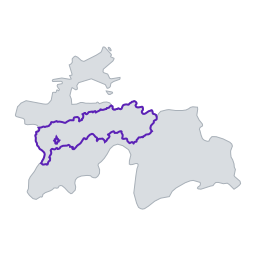 where Tadzhikistan Territories sits in Tajikistan
{"feature_id": "TJK-368", "entity_name": "Tadzhikistan Territories", "entity_type": "Region", "adm_level": 1, "iso_a3": "TJK", "parent_name": "Tajikistan", "parent_adm1": "", "projection": "mercator", "projection_center": [69.993, 38.757], "detail": "fine", "context": "in_parent", "style": "outline", "palette": "violet", "viewbox_px": 256, "rotation_deg": 0, "n_neighbors": 0, "source": "natural_earth", "source_scale": "10m", "svg_char_len": 9178}
<svg xmlns="http://www.w3.org/2000/svg" viewBox="0 0 256 256"><path d="M27.2,191.3L28.4,188.7L28.8,179.9L30.3,176.8L34.5,171.3L36.8,167.1L39.3,163.7L41.1,162.5L42.7,159.8L44.1,156.8L44.5,154.8L44.4,153.3L43.9,152.3L38.4,146.9L36.7,143.6L35.8,139.3L35.6,136.3L38.5,128.1L38.1,126.7L37.2,125.4L35.5,124.6L33.0,124.3L27.5,124.7L25.4,124.2L24.8,123.7L24.6,119.9L24.0,119.1L23.1,118.4L16.8,116.7L15.6,115.9L15.4,115.0L17.6,106.6L18.5,105.9L21.0,103.1L26.1,100.7L43.0,103.9L45.8,104.2L47.7,103.9L48.9,102.9L51.2,100.2L52.7,92.5L54.1,92.2L55.5,92.6L56.2,91.9L56.8,90.0L57.3,89.9L58.4,90.8L59.4,89.9L59.3,89.2L58.1,87.9L57.1,85.9L57.6,84.5L61.9,83.7L62.4,83.0L62.2,81.9L61.1,81.3L52.8,81.5L52.3,80.8L52.5,80.1L53.1,79.5L61.8,78.0L69.8,79.3L71.2,78.9L69.6,75.5L71.8,75.2L72.0,74.0L69.2,64.9L70.8,64.1L72.3,62.3L72.2,58.9L73.6,57.2L75.2,56.1L77.7,57.2L81.4,60.6L83.9,61.4L96.2,55.2L100.7,52.4L101.5,51.4L103.0,47.2L103.9,46.9L105.0,47.4L111.3,54.4L111.3,55.4L110.6,56.1L110.7,56.8L114.0,58.3L114.0,59.0L112.9,61.0L103.3,69.2L103.0,71.8L103.8,72.7L107.7,74.1L109.7,78.3L111.2,78.8L120.0,77.4L120.1,78.1L119.7,79.3L113.6,81.5L110.9,83.3L110.3,86.5L109.6,87.4L108.4,88.1L107.2,88.3L105.3,84.6L91.3,78.8L78.6,82.7L76.8,85.6L77.4,88.3L77.0,89.5L75.7,89.8L72.1,87.6L71.3,89.5L69.9,95.5L71.3,99.0L71.8,104.4L76.6,104.1L80.6,102.5L82.6,102.5L85.6,103.2L90.9,103.3L96.2,103.1L97.2,102.1L98.3,102.5L99.3,103.7L103.6,102.2L106.7,102.0L109.8,102.9L113.5,108.5L115.4,109.2L121.4,108.6L123.1,105.5L124.6,104.8L129.1,104.0L132.9,101.6L134.8,101.4L135.8,102.2L136.2,103.3L135.8,106.1L137.1,107.0L140.7,107.3L142.4,108.2L142.3,112.5L143.8,113.6L144.6,113.7L149.9,110.9L151.4,110.8L154.5,114.3L156.9,116.3L157.4,115.9L158.5,113.8L160.6,111.4L166.5,109.9L168.8,109.6L175.5,110.5L182.4,110.5L186.0,110.0L188.9,108.6L190.4,107.4L192.8,106.8L197.5,107.2L197.7,109.2L196.8,115.4L199.2,120.1L202.3,123.9L202.6,125.2L202.2,126.2L200.4,127.2L199.7,128.2L199.4,129.4L200.0,130.8L201.1,135.2L202.4,138.6L204.4,140.3L207.3,141.3L208.9,141.1L210.1,138.6L212.0,136.6L216.2,136.7L223.1,138.9L229.8,142.2L231.8,144.1L232.4,146.1L230.6,150.9L230.7,154.0L231.1,157.2L232.6,159.7L234.0,163.8L234.3,167.2L235.4,169.4L234.1,175.7L234.8,176.7L240.0,181.2L240.6,183.6L239.5,185.1L237.4,186.9L234.0,189.2L229.4,184.6L227.3,183.2L223.4,183.7L218.3,182.4L215.7,182.5L214.1,184.1L213.0,185.6L210.5,186.1L200.9,189.2L198.2,188.9L197.4,188.1L198.0,187.0L200.0,185.6L200.5,183.9L200.1,182.4L193.2,180.4L190.3,180.8L185.3,182.7L176.2,187.9L172.2,191.3L169.3,196.6L160.6,198.2L154.7,201.2L148.5,206.1L144.5,208.7L142.5,209.1L140.5,208.6L138.5,207.3L136.6,203.2L133.8,193.0L135.9,175.6L137.0,168.6L138.0,166.0L138.1,164.4L137.2,163.5L135.4,163.6L132.5,164.5L130.5,164.7L129.3,164.1L129.4,160.8L130.9,154.8L128.6,149.7L122.7,145.6L117.7,144.2L113.6,145.5L110.1,148.7L107.2,154.0L104.3,158.3L101.3,161.6L98.4,163.8L98.0,165.2L99.6,169.7L99.5,173.4L97.7,176.4L95.7,177.8L93.5,177.7L91.8,177.0L90.5,175.7L87.0,175.4L81.4,176.0L77.5,177.5L75.4,179.9L74.8,183.1L75.7,187.0L75.2,190.1L72.0,193.4L70.9,193.7L68.4,191.9L64.7,187.9L62.1,185.8L60.7,185.5L59.0,186.1L58.1,187.8L56.9,188.2L55.2,187.9L53.6,188.2L52.7,189.4L50.1,190.9L45.4,192.6L42.9,194.4L42.5,196.3L41.8,197.1L40.4,196.8L36.2,199.4L33.0,198.6L29.4,195.3L27.4,192.5L27.2,191.3ZM112.6,93.0L110.0,94.5L108.4,94.3L106.4,91.6L106.2,90.9L111.5,91.9L112.5,92.3L112.6,93.0ZM111.1,50.7L110.3,50.8L108.7,49.0L108.2,47.7L108.8,47.3L110.1,48.2L111.0,49.8L111.1,50.7Z" fill="#d9dde1" stroke="#a8b0b8" stroke-width="1"/><path d="M134.5,101.1L135.5,101.7L136.0,102.1L136.4,102.7L136.6,103.3L136.5,103.8L135.7,104.9L135.5,105.5L136.1,106.8L137.3,107.4L138.7,107.4L141.6,106.8L142.2,106.8L142.7,107.2L142.9,108.1L143.0,109.1L142.9,109.8L142.6,110.4L142.2,110.8L141.9,111.2L141.8,112.0L142.0,112.7L142.5,113.3L143.0,113.8L143.5,113.9L144.6,113.8L145.7,113.3L148.5,111.3L149.0,111.1L150.1,110.8L151.1,110.3L151.7,110.2L152.1,110.6L152.5,111.4L152.6,112.4L152.7,113.2L153.0,113.7L153.6,114.0L154.8,114.2L155.5,114.7L156.1,115.0L156.3,115.9L156.5,116.5L156.8,116.9L156.7,117.8L156.7,118.9L156.6,119.2L156.4,119.5L156.0,119.8L155.0,120.2L154.0,120.8L153.8,121.1L153.8,121.5L153.8,122.2L153.8,122.6L153.5,123.0L151.9,124.6L151.0,125.6L150.7,126.6L150.6,127.4L150.4,127.8L150.4,128.3L150.5,128.8L150.9,129.7L151.2,130.2L152.0,131.2L151.2,131.8L150.7,132.7L150.3,133.1L149.5,133.8L148.5,134.3L147.0,134.4L145.8,134.7L145.4,135.0L144.7,135.8L143.8,136.1L143.5,136.3L143.2,137.0L142.8,137.2L142.5,136.9L142.1,136.9L140.4,137.4L139.5,137.4L139.0,137.4L138.7,137.5L137.9,138.6L137.5,139.3L136.8,139.7L136.7,139.9L136.6,140.2L136.6,141.2L136.5,141.5L136.2,141.7L136.0,141.8L135.1,141.8L134.7,141.9L134.5,142.0L134.0,142.6L133.7,143.4L133.6,143.5L133.4,143.4L133.1,142.8L132.8,142.5L132.4,142.2L132.0,142.1L131.5,142.2L130.2,142.9L129.8,143.1L129.5,143.1L129.3,143.0L128.5,142.0L127.7,141.5L127.5,141.1L127.3,140.5L127.2,139.8L127.1,139.3L126.8,138.8L126.4,138.6L126.0,138.5L124.5,138.8L123.3,138.9L122.4,138.6L122.2,138.3L122.2,137.8L122.6,136.8L122.6,136.0L122.7,135.2L122.6,134.7L121.6,133.0L121.5,132.7L121.5,132.3L121.6,131.6L121.4,131.4L121.0,131.2L119.8,131.4L118.4,132.0L117.4,132.8L117.1,132.9L116.7,132.9L115.8,132.8L114.9,133.0L114.6,132.9L114.2,131.9L113.8,131.4L113.5,131.3L111.4,132.1L111.0,132.4L109.4,133.8L108.9,134.1L108.1,134.4L108.0,134.5L108.1,134.8L109.0,135.4L109.3,135.8L109.5,136.2L109.4,136.7L108.9,137.6L108.6,138.0L107.2,139.2L106.7,140.4L106.4,140.8L104.9,142.0L104.6,140.8L104.3,140.2L103.0,139.1L102.8,138.8L102.5,138.6L100.7,138.8L99.4,138.8L98.9,138.9L97.9,139.8L97.0,140.9L96.9,140.8L96.8,140.5L97.0,138.8L97.1,138.3L96.9,137.7L95.7,137.0L95.0,136.4L94.7,135.8L93.2,134.3L92.8,134.0L92.2,133.9L91.8,133.9L90.0,134.7L89.6,135.0L87.8,136.8L86.8,138.8L86.3,139.1L85.8,139.2L85.6,139.2L85.4,139.1L84.9,138.4L84.5,138.3L84.1,138.2L83.9,138.3L83.7,138.4L80.8,142.9L79.5,144.1L78.0,145.0L77.6,145.5L77.0,145.8L76.9,146.0L76.6,146.4L76.4,146.7L76.0,147.2L75.5,147.7L74.6,148.7L74.1,149.1L73.8,149.1L72.9,149.1L72.7,149.0L72.5,148.8L72.3,148.4L72.4,148.2L72.9,147.6L72.9,147.2L72.4,146.9L70.0,146.8L69.9,146.0L69.5,145.4L69.1,145.1L68.5,144.9L67.0,145.6L63.0,145.8L61.1,146.6L60.4,147.0L59.9,148.0L59.5,148.5L59.1,148.7L58.1,149.0L57.7,149.0L57.3,148.2L56.8,148.0L56.2,148.2L55.5,149.0L54.9,149.3L54.4,149.4L53.4,149.2L52.4,148.9L51.9,149.0L51.4,149.4L50.9,150.0L50.7,150.4L51.2,152.2L51.2,153.2L51.1,153.9L51.0,154.1L49.8,156.1L49.3,157.3L49.3,157.5L50.1,158.0L50.1,158.8L50.0,160.3L49.9,160.6L48.9,161.2L48.5,161.7L48.2,162.4L47.7,164.1L47.6,164.4L47.4,164.5L46.7,164.6L46.3,164.3L46.1,164.1L43.3,164.6L42.6,164.5L41.9,163.8L41.1,163.2L41.4,162.9L41.6,162.5L42.0,161.3L42.4,160.6L43.5,158.8L44.2,156.8L44.7,154.6L44.5,153.2L43.8,152.1L41.5,150.0L40.0,149.2L39.5,148.7L38.5,146.7L37.3,145.6L37.1,145.1L37.0,144.6L36.9,143.4L36.7,142.8L36.0,141.7L35.8,141.3L35.7,140.4L35.8,138.3L35.8,137.6L35.4,136.2L35.3,135.5L35.5,134.9L36.3,134.4L36.4,134.2L36.4,133.8L36.1,133.1L36.1,132.7L36.2,131.9L36.5,131.7L37.0,131.7L37.7,131.6L38.2,131.3L38.6,130.9L39.0,130.4L39.2,129.8L39.3,129.0L39.0,128.2L38.7,127.8L39.5,127.6L40.9,127.5L41.4,127.4L43.0,126.7L43.5,126.6L43.9,126.6L44.9,127.0L46.6,126.4L47.4,126.4L48.0,126.2L49.0,125.8L49.3,125.5L49.7,124.7L50.7,124.0L51.1,122.4L51.3,122.2L51.5,122.1L53.5,122.3L56.3,121.2L56.7,121.1L56.8,121.2L57.0,121.5L57.5,121.8L59.3,121.6L60.9,121.8L62.8,122.2L63.5,122.5L65.1,122.9L66.0,122.5L66.7,121.9L68.8,120.7L69.5,120.4L70.0,120.2L73.3,120.3L73.5,120.2L73.7,118.6L73.8,118.1L74.0,117.8L74.4,117.4L74.9,117.3L77.3,117.0L77.7,117.1L78.8,118.0L79.0,118.3L79.2,119.0L79.2,119.5L79.0,120.8L79.1,121.2L79.3,121.3L80.2,120.6L80.6,120.4L81.6,120.1L82.0,119.9L82.1,119.7L82.0,119.3L82.0,118.9L82.7,118.3L83.0,117.9L83.2,117.2L83.3,115.7L83.2,115.2L82.7,114.6L82.5,114.2L84.6,113.0L85.2,113.0L85.6,113.8L85.8,113.9L86.4,114.2L86.7,114.2L87.2,113.9L87.7,113.5L88.4,112.5L88.8,112.1L91.9,111.6L92.2,111.6L92.4,112.1L92.7,112.3L92.9,112.3L93.7,111.6L94.5,111.3L95.0,111.2L95.3,111.2L95.4,111.4L95.6,111.7L95.6,112.4L95.7,112.5L95.8,112.5L96.5,112.0L99.6,110.5L99.9,110.3L100.1,109.8L100.3,109.5L100.5,109.4L100.9,109.4L101.4,109.9L101.7,109.9L102.9,109.9L105.9,109.0L106.3,109.0L106.6,108.7L106.8,108.1L108.6,107.8L109.2,107.5L109.5,106.9L109.7,106.6L110.2,106.3L111.2,105.5L111.5,105.8L112.2,106.1L112.5,106.3L112.7,106.8L112.5,107.9L112.5,108.3L112.9,109.1L113.7,109.6L114.5,109.7L115.3,109.6L116.2,109.1L116.6,109.0L117.3,109.0L117.5,108.9L117.9,108.5L118.4,108.3L119.0,108.6L119.8,109.0L120.5,109.2L121.5,108.8L122.0,107.7L122.4,106.5L123.0,105.4L124.0,104.8L125.2,104.5L126.4,104.4L128.1,104.7L128.4,104.7L128.8,104.5L129.7,103.4L130.1,103.1L131.1,102.6L131.9,101.8L133.0,101.6L134.0,101.1L134.5,101.1ZM57.4,139.2L57.3,138.6L57.1,138.1L56.8,137.5L56.6,137.0L56.4,136.7L56.3,137.0L56.2,137.5L56.3,138.2L56.2,138.6L55.4,139.0L54.8,139.2L54.7,139.6L55.0,140.2L54.2,140.7L54.4,141.0L55.1,140.7L55.2,141.1L55.0,141.5L55.3,142.0L55.3,142.5L55.4,143.4L55.9,143.7L56.5,143.7L57.0,143.6L57.1,143.2L57.0,142.6L57.8,141.8L58.7,141.5L58.8,141.0L59.2,140.5L58.7,140.4L58.5,139.9L58.0,139.8L57.7,139.6L57.8,139.2L57.4,139.2Z" fill="none" stroke="#5b21b6" stroke-width="2"/></svg>